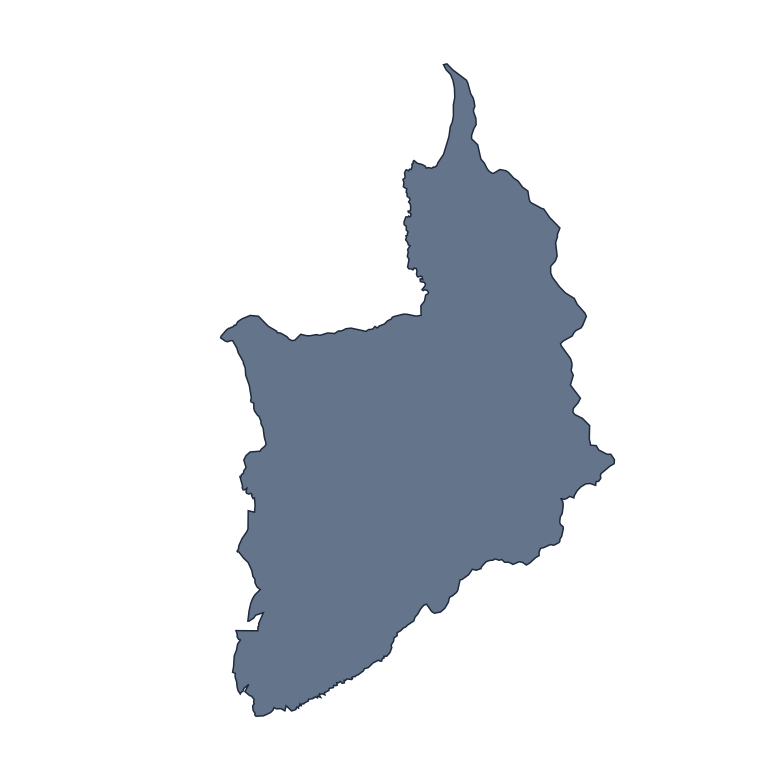 Campuri, Vrancea, Romania, rotated 77°
{"feature_id": "2599482B61463988444058", "entity_name": "Campuri", "entity_type": "district", "adm_level": 2, "iso_a3": "ROU", "parent_name": "Romania", "parent_adm1": "Vrancea", "projection": "robinson", "projection_center": [26.758, 46.041], "detail": "fine", "context": "isolated", "style": "filled", "palette": "slate", "viewbox_px": 768, "rotation_deg": 77, "n_neighbors": 0, "source": "geoboundaries", "source_scale": "gbopen_adm2", "svg_char_len": 6165}
<svg xmlns="http://www.w3.org/2000/svg" viewBox="0 0 768 768"><g transform="rotate(77 384 384)"><path d="M653.7,593.8L652.2,592.4L651.7,590.5L649.0,589.0L646.3,583.3L652.4,588.7L657.3,585.1L658.3,583.4L661.9,581.6L665.3,582.7L666.4,582.4L668.0,584.3L669.3,584.6L672.9,584.9L675.8,583.7L677.3,584.3L678.9,583.5L680.2,576.2L679.6,572.7L678.5,568.3L676.9,565.6L674.6,563.9L676.3,562.0L677.1,557.5L680.2,554.1L675.5,551.7L681.8,547.6L681.4,543.2L679.2,541.8L680.6,540.2L679.2,540.0L678.7,538.8L676.9,537.9L679.5,536.9L677.7,536.7L677.1,535.1L677.7,534.2L676.7,532.7L675.8,528.9L674.2,528.6L674.6,524.0L673.7,523.1L674.1,522.6L673.5,521.2L674.8,519.4L673.2,519.0L675.1,516.2L672.6,517.0L671.4,516.5L672.1,515.6L671.8,514.1L673.6,511.5L671.4,511.5L670.3,506.8L668.3,505.8L668.4,501.6L666.3,500.7L667.1,498.6L666.9,497.3L664.3,497.3L665.0,495.6L663.9,493.7L666.2,492.1L666.3,489.9L663.8,489.5L664.3,488.2L663.0,486.7L664.7,481.9L664.0,481.0L663.2,481.5L662.3,480.7L662.6,477.8L661.6,476.2L661.6,474.8L658.9,468.6L657.0,467.2L656.8,463.1L653.3,457.4L651.9,451.6L653.1,450.2L653.5,448.7L651.4,447.5L650.9,445.5L649.3,445.4L649.8,442.5L647.0,438.6L642.6,435.7L640.1,435.8L636.7,432.5L633.5,431.3L632.3,427.9L629.3,427.1L628.0,422.9L626.0,419.9L625.6,417.4L624.2,415.3L621.6,408.3L618.0,406.1L616.0,403.1L611.4,398.9L608.6,395.1L608.1,392.1L616.3,388.8L618.7,386.5L618.9,380.2L616.3,375.3L611.3,370.5L606.6,368.2L605.8,365.0L603.6,360.6L601.9,358.7L592.1,354.0L591.9,351.6L588.9,344.5L584.4,339.6L586.2,336.1L585.7,331.0L583.9,329.9L580.2,324.6L579.7,320.9L580.2,317.4L579.4,315.1L581.6,311.6L581.6,308.7L584.8,306.6L585.9,302.2L588.8,298.9L587.6,292.2L589.0,289.1L592.4,286.0L591.1,282.0L587.3,275.3L586.1,271.5L582.9,270.8L579.3,268.4L579.4,265.4L577.9,257.8L579.2,255.3L579.2,254.0L577.9,249.3L576.9,248.1L574.6,247.4L572.5,245.2L565.3,241.8L563.3,241.6L560.6,243.6L558.2,243.9L553.1,242.1L550.3,239.5L543.0,236.8L539.2,236.2L535.6,237.4L535.5,236.8L537.0,234.6L536.6,231.4L535.2,228.5L537.7,224.6L535.6,223.7L531.6,220.0L528.6,215.5L526.7,209.8L527.3,205.5L530.4,200.6L526.9,199.4L527.1,196.8L524.7,194.0L521.7,193.7L520.1,192.6L514.6,181.8L513.6,178.1L512.8,177.4L509.5,176.5L503.5,178.8L502.4,182.8L496.6,189.6L491.8,191.1L490.1,196.4L483.6,196.3L470.8,193.0L462.1,198.4L456.6,205.1L453.7,206.3L450.2,204.8L446.0,199.1L442.1,195.8L427.0,202.6L418.1,197.6L413.0,198.6L408.6,196.7L405.5,196.2L401.1,196.6L386.9,202.6L384.4,203.0L382.4,199.6L379.5,189.7L376.6,187.3L375.1,185.0L373.7,179.4L371.7,177.3L363.6,171.6L360.1,172.3L349.9,177.8L343.5,179.3L335.9,186.9L328.9,191.1L317.9,195.9L313.3,196.6L306.8,195.1L302.6,189.3L298.3,186.5L284.9,185.0L279.9,182.0L277.1,181.3L271.6,177.5L259.1,185.1L249.4,189.0L248.3,191.0L239.9,200.5L236.5,201.0L228.3,200.4L223.3,204.8L216.4,207.7L212.6,211.3L205.8,215.1L203.6,217.3L201.1,222.8L203.3,229.7L203.0,231.2L200.5,233.6L197.5,235.1L191.2,236.6L186.6,239.0L172.0,238.9L164.8,243.5L161.2,242.6L155.3,238.9L152.1,235.9L145.9,234.7L139.1,235.5L137.2,235.2L133.8,233.0L129.2,232.7L125.2,232.8L121.0,234.2L109.4,234.7L106.6,235.3L93.4,246.3L86.2,250.7L86.3,254.2L92.0,252.7L97.2,249.6L103.6,248.5L111.5,248.8L120.8,250.6L127.5,253.6L138.5,256.1L144.1,258.5L148.4,261.6L157.6,265.1L173.6,274.3L180.4,281.6L183.1,283.4L184.2,286.2L183.7,287.2L184.6,289.0L183.2,291.7L183.1,294.4L181.1,294.7L178.4,297.9L176.5,301.8L173.0,304.4L173.1,304.8L174.1,305.8L175.6,305.9L176.1,307.4L178.4,307.7L181.0,309.2L180.5,310.9L181.8,312.2L180.3,313.9L180.5,314.6L183.1,316.6L187.0,316.8L188.2,317.7L188.9,319.5L192.3,319.3L196.2,320.8L199.1,317.9L202.1,319.3L203.7,318.6L206.3,319.3L209.0,317.1L210.5,317.3L212.1,319.1L214.5,317.9L217.8,318.2L221.1,319.3L221.0,321.7L222.2,321.6L223.9,319.5L226.5,320.2L227.0,321.3L225.9,322.2L226.6,323.2L226.1,325.1L230.6,328.1L233.3,328.5L235.4,326.8L239.0,327.7L241.4,326.3L242.4,327.3L244.4,327.7L244.5,329.3L246.0,329.1L248.4,330.5L251.2,329.1L253.9,329.0L255.0,327.5L258.3,330.7L261.2,330.8L264.9,332.6L268.2,331.6L275.4,334.7L277.4,333.8L277.8,331.9L279.2,330.3L279.2,329.5L277.8,328.7L278.7,326.6L281.6,326.5L284.0,327.6L286.3,327.5L287.4,326.7L287.2,323.7L287.7,322.9L290.8,322.8L289.7,324.3L289.9,325.3L292.4,325.5L294.1,321.9L296.0,321.2L297.5,321.8L300.7,325.8L301.8,324.8L301.3,323.2L302.7,320.8L304.6,320.1L305.9,320.8L306.7,323.4L312.3,325.9L316.1,330.5L325.4,332.4L325.1,337.5L321.1,346.1L320.3,349.5L320.5,359.4L320.9,361.0L322.4,362.4L323.2,366.3L325.6,370.0L326.4,375.5L327.9,378.0L325.9,379.8L328.0,382.8L327.5,387.0L328.7,389.6L322.1,403.6L321.6,408.7L322.7,413.2L322.1,416.7L323.7,420.7L321.6,427.5L322.2,435.6L320.7,438.5L320.3,445.8L319.4,448.9L316.8,453.9L321.2,460.9L321.1,463.7L319.3,466.2L316.0,468.0L312.5,471.7L310.9,473.7L310.1,476.4L308.4,476.7L301.7,483.8L289.7,491.1L287.1,498.9L288.5,507.4L289.6,510.5L290.6,512.7L293.4,515.1L293.1,516.6L294.4,518.4L294.4,520.3L295.1,521.5L294.7,522.5L295.8,525.2L300.8,532.0L302.3,532.8L306.6,528.9L307.6,527.1L307.3,523.2L307.9,521.7L316.3,519.2L320.5,519.1L330.7,516.1L332.4,516.4L337.0,515.6L344.2,516.8L354.9,515.6L367.5,516.4L370.2,517.7L371.4,517.6L373.5,515.2L378.4,516.3L381.2,516.2L386.2,514.2L387.4,513.1L392.3,512.3L395.1,512.8L399.7,511.7L409.0,512.6L415.5,512.3L417.6,513.7L420.0,518.4L421.6,519.8L420.1,529.7L422.7,534.5L426.5,537.7L434.4,537.2L437.0,540.1L439.3,541.1L440.4,543.4L442.1,544.4L441.8,545.2L452.0,544.8L453.2,545.6L455.6,545.0L455.7,543.5L454.8,541.1L458.1,542.7L459.6,542.4L460.9,540.2L460.6,538.4L462.0,537.4L462.9,538.1L465.6,537.6L466.2,537.4L465.9,535.9L473.3,536.9L479.8,539.0L476.9,544.8L494.5,549.1L496.6,550.5L502.7,557.1L508.7,561.7L512.3,563.1L513.8,564.8L514.8,564.4L514.9,563.3L522.4,559.8L527.4,556.5L535.9,554.8L541.9,555.0L545.1,553.7L548.6,554.4L551.5,553.8L553.7,553.1L556.5,550.8L560.4,557.2L563.4,560.2L567.6,563.1L574.7,566.5L584.4,570.0L584.7,568.8L582.7,563.5L580.4,561.1L579.7,553.0L589.2,560.0L591.5,560.4L592.2,561.4L596.1,562.5L591.0,583.7L594.8,583.3L597.2,584.0L600.1,583.1L600.6,581.7L601.3,581.6L604.4,585.1L610.3,587.7L615.2,591.1L625.4,594.1L630.8,596.4L632.4,594.1L636.0,595.0L641.3,594.6L646.5,595.3L650.2,595.1L653.7,593.8Z" fill="#64748b" stroke="#1e293b" stroke-width="1.5"/></g></svg>